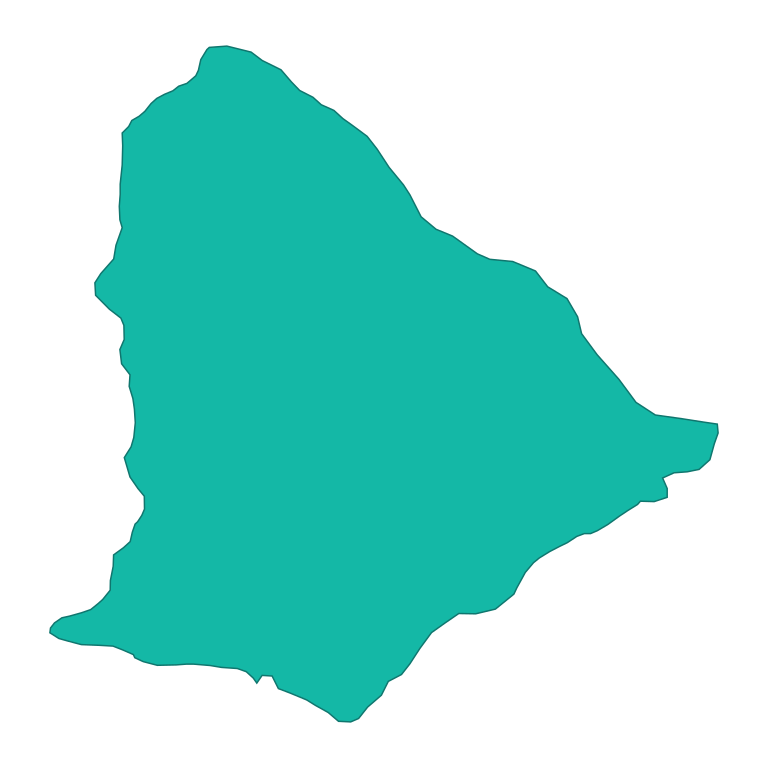 Gobustan District, Qobustan, Azerbaijan (Mercator projection)
{"feature_id": "54616110B43271825035432", "entity_name": "Gobustan District", "entity_type": "district", "adm_level": 2, "iso_a3": "AZE", "parent_name": "Azerbaijan", "parent_adm1": "Qobustan", "projection": "mercator", "projection_center": [48.924, 40.545], "detail": "fine", "context": "isolated", "style": "filled", "palette": "teal", "viewbox_px": 768, "rotation_deg": 0, "n_neighbors": 0, "source": "geoboundaries", "source_scale": "gbopen_adm2", "svg_char_len": 2151}
<svg xmlns="http://www.w3.org/2000/svg" viewBox="0 0 768 768"><path d="M209.3,47.4L206.9,49.6L200.8,59.6L198.4,70.3L195.8,75.8L186.9,83.4L178.7,86.2L172.9,90.8L164.5,94.3L156.8,98.4L151.1,103.5L144.9,111.3L139.2,116.2L131.8,120.5L128.7,126.5L122.2,133.0L122.7,145.7L122.2,165.0L120.2,184.2L120.2,194.4L119.3,206.3L119.9,219.8L122.2,227.7L116.0,245.2L113.7,259.0L100.8,273.6L94.9,282.8L95.6,295.3L109.4,309.2L120.9,318.1L123.9,325.4L124.2,339.5L119.9,349.5L121.6,363.8L130.0,374.8L129.2,386.4L132.9,398.5L134.4,409.0L135.3,422.7L133.8,437.5L131.1,446.8L124.3,457.6L130.0,477.0L138.0,488.6L144.3,496.2L144.5,509.1L141.8,515.4L137.6,521.8L135.1,524.1L132.3,532.3L130.2,541.6L123.5,547.7L113.6,554.9L113.2,566.3L110.4,580.5L110.2,590.2L102.7,599.5L98.0,603.7L90.7,609.6L81.4,612.8L69.6,616.1L61.9,617.8L54.5,622.9L50.5,628.0L49.9,632.8L58.9,638.5L68.8,641.3L81.4,644.6L99.3,645.3L113.0,646.1L122.2,649.7L133.4,654.6L134.8,657.7L142.5,661.3L143.5,661.7L157.3,665.3L176.1,664.9L186.6,664.1L193.3,664.1L210.1,665.5L221.5,667.4L237.3,668.5L246.3,671.7L253.2,678.0L256.8,683.1L262.1,675.4L272.1,676.0L278.4,688.6L290.0,693.0L306.6,699.9L315.3,705.3L328.2,712.5L338.5,721.3L350.7,721.9L358.6,718.5L367.6,707.1L381.4,695.2L388.3,681.4L401.5,674.5L409.9,663.8L419.9,648.4L431.5,632.6L444.7,623.2L458.8,613.5L475.7,613.8L495.4,609.1L513.9,594.1L516.9,587.7L520.5,581.2L525.3,572.4L533.5,562.7L539.4,557.9L549.8,551.5L559.6,546.4L567.4,542.6L576.8,536.4L584.3,533.6L590.5,533.6L597.3,530.7L608.1,524.3L619.3,516.2L627.7,510.6L637.6,504.4L640.4,501.2L654.2,501.6L667.2,497.3L667.2,488.5L662.6,478.0L674.0,472.8L687.3,471.8L699.1,469.4L709.9,459.7L714.3,443.8L718.1,433.0L717.3,424.1L703.6,422.1L682.4,418.8L655.3,415.0L636.0,402.4L618.9,379.3L597.1,354.7L581.6,333.7L577.6,316.8L567.0,298.6L547.7,286.8L535.5,271.0L512.7,261.5L489.8,259.3L477.3,253.8L452.6,236.1L436.1,229.3L421.1,216.8L410.0,195.0L403.5,184.9L389.1,167.4L377.1,149.1L367.1,136.3L352.4,125.4L342.9,118.6L333.9,110.4L321.6,104.9L321.2,104.7L313.0,97.3L299.7,90.5L291.3,81.8L281.0,69.8L262.2,60.5L251.1,52.1L226.9,46.1L209.3,47.4L209.3,47.4Z" fill="#14b8a6" stroke="#0f766e" stroke-width="1.5"/></svg>